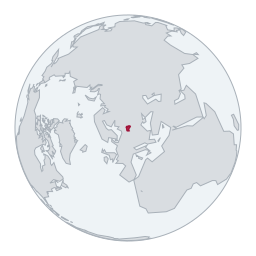 Brest on an orthographic globe, rotated 288°
{"feature_id": "BLR-2338", "entity_name": "Brest", "entity_type": "Region", "adm_level": 1, "iso_a3": "BLR", "parent_name": "Belarus", "parent_adm1": "", "projection": "orthographic", "projection_center": [25.618, 52.455], "detail": "fine", "context": "on_globe", "style": "filled", "palette": "rose", "viewbox_px": 256, "rotation_deg": 288, "n_neighbors": 0, "source": "natural_earth", "source_scale": "10m", "svg_char_len": 11325}
<svg xmlns="http://www.w3.org/2000/svg" viewBox="0 0 256 256"><g transform="rotate(288 128 128)"><circle cx="128" cy="128" r="113" fill="#eef3f6" stroke="#a8b0b8"/><path d="M63.1,36.0L67.0,33.3L64.6,34.9L67.8,32.8L71.1,30.8L76.5,27.9L85.1,24.6L90.8,25.1L87.6,26.0L89.3,26.3L93.5,25.2L95.8,24.5L107.4,25.5L121.1,24.9L125.3,23.3L124.5,25.0L132.5,21.3L139.8,21.1L131.5,22.3L130.7,23.2L135.7,23.3L136.0,24.3L138.5,25.1L138.4,26.3L133.5,27.2L133.3,28.1L136.9,28.2L139.0,29.7L133.8,29.4L136.9,32.0L129.4,34.4L115.6,33.4L111.4,36.5L97.1,40.6L98.4,41.6L93.8,44.0L93.6,46.2L91.0,46.5L93.1,48.0L95.5,47.3L97.2,47.8L97.3,49.0L94.0,49.6L93.5,49.1L92.6,49.9L90.9,49.7L91.8,50.5L87.8,51.2L91.9,52.5L88.8,54.7L86.1,54.6L86.3,52.1L80.5,46.4L77.8,46.0L73.9,47.7L66.7,56.0L63.9,56.7L60.0,59.5L61.6,60.2L65.2,58.2L67.3,60.4L71.4,58.0L72.9,58.6L77.2,57.4L76.6,60.4L73.7,64.0L70.1,65.3L68.8,67.0L72.3,68.2L65.6,73.1L61.4,81.0L59.7,82.1L56.2,79.6L56.0,73.2L51.5,70.8L54.5,75.3L50.1,78.3L49.4,80.2L49.7,81.8L51.4,81.9L49.9,83.6L46.4,79.6L47.7,77.9L48.8,79.2L48.6,76.3L46.2,74.0L44.2,75.9L42.7,71.0L41.3,72.4L40.1,72.2L42.5,70.3L38.1,73.8L36.1,70.0L30.0,76.5L35.9,68.1L37.9,64.4L39.9,60.6L38.9,61.6L42.8,55.8L44.1,53.3L41.4,55.9L48.1,48.6L55.3,42.0L63.1,36.0ZM33.1,67.3L33.4,67.0L31.3,70.8L29.9,72.7L33.1,67.3ZM26.8,78.5L25.3,81.8L24.8,82.8L26.8,78.5ZM19.2,98.7L19.3,98.8L18.9,102.0L17.7,105.9L18.4,105.1L17.5,109.6L17.4,119.1L17.1,119.2L16.9,132.0L18.6,143.1L19.0,148.1L18.6,148.9L19.6,152.5L19.6,153.8L25.6,168.3L30.1,177.8L30.9,181.8L29.1,181.2L30.4,184.2L26.6,177.1L23.4,169.7L20.7,162.2L18.5,154.4L16.9,146.5L15.9,138.6L15.4,130.5L15.5,122.5L16.2,114.5L17.4,106.5L19.2,98.7ZM28.5,78.1L23.9,89.9L24.9,85.3L25.0,85.7L26.5,82.2L28.8,76.9L30.2,73.3L28.5,78.1ZM30.0,78.7L30.7,77.0L30.3,78.4L30.0,78.7ZM96.7,24.1L93.5,25.1L89.7,25.8L92.4,24.8L96.7,24.1ZM104.0,23.4L102.6,24.1L100.8,23.4L102.2,23.3L104.0,23.4ZM128.3,22.1L125.6,22.2L128.1,21.8L128.3,22.1ZM138.9,25.0L139.6,24.7L140.7,25.2L138.9,25.0ZM77.2,55.8L77.2,56.6L76.4,56.4L77.2,55.8ZM79.1,54.7L78.2,53.9L78.9,53.3L79.5,53.7L79.1,54.7ZM141.4,27.7L142.8,28.8L140.5,27.8L141.4,27.7ZM80.0,55.7L80.4,52.2L81.7,51.1L84.9,52.0L80.0,55.7ZM143.1,29.5L146.8,32.3L148.6,31.7L145.5,35.0L143.4,31.4L140.3,30.3L142.6,30.3L143.1,29.5ZM96.2,46.5L93.7,47.3L95.7,45.5L96.2,46.5ZM97.1,45.3L100.9,39.5L104.7,39.1L102.7,41.0L107.6,39.7L107.6,42.4L104.9,43.7L102.4,43.4L104.3,44.7L97.1,45.3ZM143.2,36.5L143.3,37.4L142.2,36.6L143.2,36.5ZM98.1,47.8L98.5,46.6L101.8,46.2L101.6,48.5L100.6,47.9L98.1,47.8ZM108.9,38.2L111.3,38.3L112.0,40.5L113.0,40.9L107.9,42.4L108.9,38.2ZM99.9,48.6L101.4,49.7L99.9,51.1L97.9,49.0L99.9,48.6ZM102.8,45.1L104.4,45.0L103.4,45.8L102.8,45.1ZM95.5,57.0L95.9,55.4L97.7,55.0L95.5,57.0ZM102.0,50.0L102.5,49.6L103.3,49.3L103.9,50.3L102.0,50.0ZM108.7,43.9L108.5,44.8L110.8,43.4L111.4,45.0L107.9,45.8L109.7,46.2L109.9,46.7L106.8,46.8L108.7,43.9ZM106.9,50.5L102.6,52.2L101.4,55.1L99.8,55.5L102.0,50.8L106.9,50.5ZM107.1,48.3L106.6,49.7L104.8,49.4L104.1,48.2L107.1,48.3ZM113.1,45.9L113.1,43.2L113.9,43.1L113.1,45.9ZM106.9,51.3L107.9,50.9L107.0,51.6L106.9,51.3ZM111.6,47.6L111.5,46.6L112.3,46.6L111.6,47.6ZM110.0,50.9L108.7,51.5L108.1,50.7L110.0,50.9ZM111.0,49.5L112.2,49.7L108.7,50.1L110.8,49.0L111.0,49.5ZM112.4,47.7L112.9,47.4L112.3,48.2L112.4,47.7ZM112.9,53.8L108.6,54.5L107.4,52.7L111.7,52.2L112.9,53.8ZM60.2,190.3L53.4,173.5L56.7,170.0L57.3,163.4L80.2,149.6L85.1,153.1L103.2,154.6L105.4,155.9L103.3,161.4L116.9,170.0L121.3,165.6L133.6,169.3L141.7,168.5L144.5,157.5L131.2,158.6L128.8,153.3L139.5,147.8L151.1,146.8L150.6,144.7L143.2,141.0L145.8,136.5L140.6,139.3L142.8,141.3L139.6,143.2L137.4,141.5L138.4,139.9L134.9,139.3L131.0,147.3L132.7,150.2L123.5,151.7L125.5,156.7L123.1,159.0L118.7,151.4L119.1,148.6L111.0,139.7L109.8,142.7L117.3,151.4L115.0,150.7L113.3,155.2L112.7,151.1L104.8,141.1L96.5,141.4L85.9,150.4L81.0,149.7L76.9,145.7L80.8,134.6L91.2,137.5L92.7,134.0L90.6,127.4L93.9,128.9L94.4,126.7L98.3,127.5L103.9,123.2L107.9,123.4L110.0,116.7L112.4,116.0L110.4,120.1L111.2,123.2L121.2,123.8L123.1,122.5L123.7,118.1L126.4,119.0L125.7,114.8L131.4,113.1L123.9,111.7L124.4,106.9L127.8,103.3L126.6,101.6L121.0,107.5L120.0,110.1L121.3,112.7L117.4,120.1L114.0,121.1L112.9,112.6L108.0,113.2L109.4,106.7L123.6,94.2L129.6,91.8L139.5,97.6L138.1,100.7L133.9,100.1L137.8,105.0L137.5,102.5L139.7,103.3L140.7,99.2L142.4,99.6L140.6,95.2L142.7,95.2L143.8,98.1L147.1,92.4L151.5,91.5L151.5,90.1L150.2,88.8L156.6,88.7L156.3,87.7L154.1,87.3L152.1,85.0L151.0,81.0L153.2,81.2L153.9,82.6L158.8,86.1L160.4,90.2L161.2,89.9L160.4,86.4L154.4,82.1L153.1,79.7L156.2,81.3L155.0,80.5L155.0,79.4L157.2,78.5L153.9,76.6L151.5,64.7L155.5,62.0L158.5,64.6L159.2,57.2L163.7,55.2L161.6,54.8L160.6,51.3L159.2,51.8L158.1,51.3L154.8,43.0L155.8,41.4L152.1,37.8L151.0,37.6L150.1,38.6L145.5,35.0L148.6,31.7L150.8,32.2L151.3,30.0L156.3,31.6L160.7,32.0L165.9,35.4L168.9,35.6L168.7,34.7L172.6,34.6L181.3,37.7L175.1,38.9L162.2,36.1L167.5,37.4L166.5,38.3L168.6,39.6L172.3,40.6L172.6,40.0L179.8,48.6L189.3,54.7L188.1,50.8L190.1,50.0L199.8,54.7L212.7,69.9L215.6,69.8L217.6,71.5L219.3,75.3L216.4,72.9L215.5,74.5L213.6,72.7L215.3,78.3L212.6,75.9L215.2,81.7L217.3,82.2L216.8,77.9L220.2,84.2L223.3,83.6L226.7,87.2L231.9,101.0L232.5,110.0L233.2,111.7L231.8,112.9L232.5,119.0L236.9,121.6L237.6,123.9L237.5,133.8L237.1,132.3L233.6,135.3L234.7,141.9L237.4,140.9L238.4,144.1L237.1,146.6L235.8,144.0L234.6,145.0L233.7,139.8L230.2,135.1L228.8,140.4L227.7,137.4L222.7,135.2L220.0,142.7L216.4,158.8L217.9,167.0L215.8,173.0L208.4,166.6L204.7,159.7L202.2,162.7L194.4,159.6L181.4,166.6L179.4,164.9L177.0,167.2L171.5,166.9L168.4,163.8L165.1,165.3L173.4,173.3L176.9,171.7L179.6,166.2L181.2,169.5L186.6,170.3L181.2,181.8L161.7,195.9L159.6,189.9L143.6,173.6L143.9,171.2L143.9,170.9L143.6,170.5L142.4,174.4L139.6,170.7L148.4,183.5L149.9,188.9L161.4,196.4L160.4,197.6L164.1,198.6L175.4,192.5L175.5,194.6L170.3,205.5L154.4,220.1L156.4,225.6L155.0,230.1L144.9,234.2L145.6,236.4L140.3,237.7L139.8,238.6L135.5,239.7L128.3,240.4L116.2,239.9L115.7,239.4L109.9,237.5L101.9,230.7L105.1,227.8L104.1,224.5L95.4,214.8L97.3,210.1L95.0,207.3L90.1,206.7L87.3,203.2L84.4,202.3L65.9,197.0L60.2,190.3ZM72.4,159.5L71.8,161.5L72.4,159.5ZM163.7,151.0L170.5,149.1L167.1,143.1L169.4,141.9L167.4,140.4L166.8,142.7L161.7,138.1L164.5,135.0L163.5,132.1L161.1,132.7L156.8,139.1L164.0,145.5L162.6,148.9L163.7,151.0ZM17.5,119.3L17.3,121.2L17.2,119.7L17.5,119.3ZM24.3,86.0L23.7,88.0L23.1,89.5L23.4,88.2L24.3,86.0ZM21.3,102.2L21.0,104.7L21.0,102.7L21.3,102.2ZM23.3,91.8L21.5,100.3L21.4,96.8L22.7,91.6L22.3,94.3L23.3,91.8ZM28.6,79.8L28.1,81.2L27.7,81.5L28.6,79.8ZM29.7,79.8L29.8,79.4L30.4,78.3L29.7,79.8ZM50.3,78.6L50.5,78.9L50.4,80.8L49.7,80.3L50.3,78.6ZM54.7,87.5L52.2,90.1L53.5,87.8L52.0,87.4L52.8,82.2L58.9,82.4L56.0,83.2L54.7,87.5ZM55.5,75.7L54.3,78.7L55.4,75.4L55.5,75.7ZM92.7,114.4L94.1,116.3L92.6,118.7L87.5,118.9L89.6,115.5L92.7,114.4ZM96.3,118.6L96.7,110.5L99.9,110.2L98.1,111.7L100.1,112.3L97.7,114.9L100.3,122.8L99.2,125.4L90.4,124.1L93.9,123.0L92.4,121.1L96.3,118.6ZM92.2,92.2L92.4,89.2L99.0,92.4L98.0,94.8L92.9,95.1L91.0,92.4L92.2,92.2ZM85.6,58.2L85.2,57.2L86.1,57.0L87.2,57.6L85.6,58.2ZM95.5,56.3L88.0,62.4L87.2,61.5L83.8,66.4L80.4,66.1L82.7,62.9L77.6,66.4L78.3,63.4L75.0,66.1L80.6,59.0L81.1,56.6L81.9,59.4L85.0,59.7L86.4,59.1L91.0,55.8L93.6,51.0L97.1,50.8L98.8,51.9L98.8,53.0L96.5,52.7L98.0,54.4L94.7,54.9L95.5,56.3ZM117.7,67.7L115.1,66.5L117.5,70.8L114.3,71.0L114.7,71.5L112.4,72.9L110.4,75.6L108.9,75.2L108.7,76.4L107.1,77.5L106.4,79.0L103.5,79.0L102.4,81.0L101.7,79.9L100.6,83.3L100.1,80.8L98.0,82.0L99.6,83.8L85.5,81.0L79.9,82.1L75.6,84.5L75.3,80.1L79.2,75.3L85.0,71.0L90.4,70.7L89.3,68.9L91.6,68.3L91.5,69.9L92.9,67.0L94.8,67.0L100.0,63.8L100.9,59.8L102.9,58.7L103.4,60.2L104.9,58.0L107.3,60.1L108.7,59.4L112.4,60.9L112.6,64.5L114.2,63.4L117.1,64.6L117.7,67.7ZM113.9,54.3L114.9,58.3L113.6,60.4L107.6,57.0L106.0,57.3L102.2,55.4L104.1,52.4L105.1,53.2L106.4,53.3L105.2,54.2L107.2,53.6L108.5,54.7L110.4,54.6L110.2,55.9L113.9,54.3ZM108.0,154.1L109.7,154.5L112.5,154.6L111.5,157.5L108.0,154.1ZM102.5,147.4L104.1,147.2L104.0,151.2L102.2,150.8L102.5,147.4ZM105.0,143.9L104.2,146.9L103.5,145.0L105.0,143.9ZM111.9,119.8L113.6,119.5L113.8,120.5L112.8,122.0L111.9,119.8ZM124.2,81.3L122.9,80.1L123.5,79.6L122.7,76.0L125.1,75.6L126.5,77.7L124.2,81.3ZM142.2,159.6L139.9,162.0L138.7,161.1L139.7,160.5L142.2,159.6ZM124.9,160.4L128.9,161.8L124.6,161.2L124.9,160.4ZM126.7,80.4L126.1,78.9L127.6,79.7L126.7,80.4ZM126.8,75.3L128.6,75.8L125.3,75.2L126.8,75.3ZM173.7,224.2L165.4,232.3L160.3,233.8L159.6,232.7L162.9,228.3L169.0,225.4L172.1,222.4L173.7,224.2ZM238.3,150.9L238.0,152.0L238.5,149.8L238.9,147.6L238.3,150.9ZM238.4,150.1L237.1,153.3L233.1,152.3L234.6,149.4L238.3,146.1L238.1,147.7L238.9,146.4L238.4,150.1ZM240.1,138.5L240.0,139.9L239.9,137.9L240.0,134.9L240.2,132.7L239.8,117.4L239.9,116.0L240.4,121.5L240.5,121.6L240.6,130.1L240.1,138.5ZM218.4,167.4L220.8,169.8L219.5,172.2L218.4,167.4ZM238.5,109.2L239.4,115.6L238.2,108.5L238.5,109.2ZM237.0,103.6L237.6,104.9L237.2,104.9L237.0,103.6ZM234.3,113.8L234.0,116.5L233.5,115.5L233.4,111.5L234.3,113.8ZM229.3,90.4L231.4,93.4L232.0,94.9L230.9,94.2L229.3,90.4ZM146.1,77.0L144.5,82.2L145.0,86.1L147.7,88.2L143.2,87.5L142.5,81.6L146.1,77.0ZM150.6,66.1L148.2,64.4L149.7,63.8L150.4,64.1L150.6,66.1ZM148.9,66.0L145.2,66.5L144.1,64.7L147.3,64.7L148.9,66.0ZM136.0,73.2L135.3,74.8L134.1,74.1L136.0,73.2ZM238.5,106.3L239.1,109.7L237.4,101.4L237.7,102.2L238.5,106.3ZM237.7,103.0L238.3,106.1L237.3,101.7L237.7,103.0ZM238.1,105.8L237.6,104.3L237.4,102.8L238.1,105.8ZM237.5,101.9L236.4,98.5L236.8,99.4L237.5,101.9ZM236.2,101.2L236.8,100.3L236.9,104.0L234.4,98.7L234.1,96.5L236.2,101.2ZM218.4,68.4L217.1,67.5L216.1,65.4L217.3,66.6L218.4,68.4ZM211.7,58.1L215.4,64.5L218.2,70.1L218.5,69.4L221.2,72.7L219.4,72.5L215.8,66.9L214.1,63.2L211.6,60.8L209.0,57.2L206.0,55.5L204.1,53.5L206.3,54.0L211.7,58.1ZM204.8,54.9L198.7,51.2L197.9,48.4L199.1,48.5L202.2,51.4L202.4,52.7L204.8,54.9ZM197.0,49.6L197.1,50.9L188.5,49.5L186.5,48.6L192.6,47.8L193.1,49.0L195.4,50.0L197.0,49.6ZM144.5,37.3L143.4,37.4L144.0,36.7L144.5,37.3ZM157.4,51.7L156.0,51.0L156.7,50.2L157.4,51.7ZM152.7,48.6L152.8,50.0L151.7,48.4L152.7,48.6ZM153.4,53.3L152.5,50.6L154.7,53.3L153.4,53.3Z" fill="#d9dde1" stroke="#a8b0b8" stroke-width="1"/><path d="M128.1,129.1L127.7,129.0L127.4,129.0L126.9,129.1L126.5,129.1L126.4,129.2L126.4,129.3L126.2,129.5L125.9,129.7L125.7,129.6L125.6,129.8L125.5,129.7L125.5,129.4L125.6,129.2L125.6,128.9L125.6,128.7L125.4,128.5L125.2,128.4L125.1,128.2L125.3,127.9L125.6,127.7L125.8,127.7L126.0,127.5L126.0,127.4L126.3,127.3L126.5,127.4L126.8,127.2L127.0,127.0L127.3,127.1L127.4,127.3L127.4,127.2L127.5,127.2L127.8,127.0L127.8,126.9L128.0,126.7L127.9,126.6L128.0,126.5L127.9,126.5L127.9,126.4L128.0,126.4L128.1,126.2L128.3,126.2L128.5,126.2L128.8,126.2L128.9,126.3L128.8,126.5L129.0,126.7L129.1,126.8L128.9,126.9L128.9,127.0L129.0,127.1L128.9,127.2L129.0,127.3L129.0,127.2L129.3,127.3L129.3,127.2L129.3,127.3L129.5,127.4L129.7,127.5L129.8,127.6L129.7,127.7L129.7,127.8L129.8,127.9L129.8,128.0L130.0,128.2L130.1,128.3L130.3,128.4L130.3,128.5L130.4,128.8L130.3,129.0L130.4,129.3L130.3,129.6L130.2,129.6L129.9,129.6L129.9,129.4L129.7,129.3L129.3,129.3L129.0,129.3L129.0,129.2L128.7,129.2L128.4,129.1L128.2,129.0L128.1,129.1Z" fill="#f43f5e" stroke="#9f1239" stroke-width="1.5"/></g></svg>